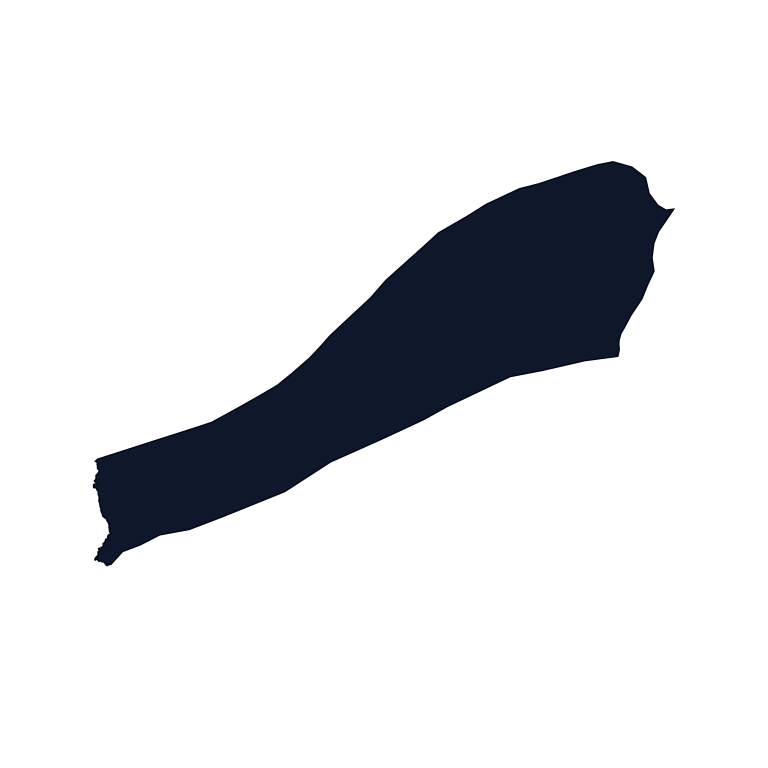 Idjwi, Sud-Kivu, Democratic Republic of the Congo (Natural Earth projection), rotated 228°
{"feature_id": "63176286B68411895895174", "entity_name": "Idjwi", "entity_type": "district", "adm_level": 2, "iso_a3": "COD", "parent_name": "Democratic Republic of the Congo", "parent_adm1": "Sud-Kivu", "projection": "natural_earth1", "projection_center": [29.165, -1.966], "detail": "fine", "context": "isolated", "style": "filled", "palette": "ink", "viewbox_px": 768, "rotation_deg": 228, "n_neighbors": 0, "source": "geoboundaries", "source_scale": "gbopen_adm2", "svg_char_len": 3471}
<svg xmlns="http://www.w3.org/2000/svg" viewBox="0 0 768 768"><g transform="rotate(228 384 384)"><path d="M435.0,56.4L434.7,56.5L434.1,57.1L434.1,58.2L434.0,58.5L433.4,59.4L432.7,60.2L434.5,77.6L427.6,95.2L422.0,116.4L406.3,141.9L393.1,176.2L370.5,238.3L361.9,292.2L344.4,346.2L331.1,389.6L325.0,416.1L305.2,482.6L287.8,511.5L267.2,548.6L248.2,576.3L252.0,581.6L256.3,584.9L259.4,588.1L262.9,593.5L263.2,594.3L265.0,600.0L269.9,613.6L274.8,632.7L281.5,646.5L287.2,660.1L298.5,667.6L308.0,678.6L313.6,689.7L320.1,716.2L324.5,709.9L333.4,707.0L348.2,708.4L362.4,716.4L379.3,713.3L395.9,702.8L404.1,689.0L414.0,667.8L428.8,633.6L438.4,615.3L449.0,580.4L452.8,558.4L459.8,525.6L459.6,507.3L459.7,454.7L456.9,431.6L456.3,394.6L455.9,376.0L454.3,362.1L453.0,346.3L453.4,321.8L454.3,304.1L458.4,284.0L463.7,260.0L470.7,230.3L478.5,212.6L495.0,176.0L519.8,120.7L519.6,117.8L518.3,118.4L517.2,118.3L517.0,118.1L516.4,117.3L516.0,116.9L515.6,116.8L515.1,116.5L514.6,116.1L514.3,115.9L513.4,114.9L512.9,114.9L512.5,114.5L511.9,114.5L511.3,114.6L510.4,114.6L510.0,114.3L509.6,114.0L509.6,113.5L509.2,112.3L508.9,112.0L509.0,111.0L508.7,110.6L508.9,109.5L508.7,108.8L508.3,108.4L507.8,108.0L507.2,107.8L506.9,107.2L506.4,106.6L505.7,105.6L505.6,105.1L505.9,104.6L505.8,104.0L505.3,103.8L504.6,103.9L503.6,104.0L503.4,104.1L503.0,104.6L502.7,104.8L502.1,104.6L501.6,104.4L501.3,103.8L501.4,103.6L501.6,103.5L501.8,103.3L502.1,103.1L502.6,102.8L502.8,102.4L503.5,101.3L503.3,100.6L502.9,100.1L502.1,99.7L501.8,99.2L501.2,99.0L500.8,99.4L500.3,99.9L498.8,100.7L498.4,100.5L498.0,100.1L497.6,99.9L497.1,100.0L496.4,99.7L495.4,99.7L494.7,99.4L493.6,98.1L493.0,97.8L492.4,97.5L491.9,97.3L491.1,97.2L490.9,96.8L490.6,96.5L489.9,96.2L489.5,95.7L488.9,95.1L488.3,94.5L488.0,93.9L486.6,93.4L485.8,93.1L485.2,92.8L484.8,92.4L484.4,92.2L483.9,91.8L482.4,90.8L481.5,90.9L480.0,89.5L479.5,89.1L479.2,89.1L478.2,88.4L477.7,88.3L477.4,88.3L476.9,87.9L476.3,87.8L475.8,87.7L475.2,87.6L474.5,86.8L474.0,86.6L473.7,86.8L472.9,86.9L472.1,86.8L471.3,87.0L470.6,87.2L470.0,87.3L469.4,87.4L468.9,87.4L468.3,87.2L467.9,87.3L467.8,87.1L467.8,86.7L467.1,86.7L466.4,86.6L465.6,86.3L464.8,86.3L464.6,86.0L464.2,86.0L463.6,85.6L462.9,85.1L462.5,84.8L462.1,84.5L461.5,84.0L461.4,83.6L460.9,83.5L460.1,82.9L459.8,82.7L459.5,82.8L459.1,82.3L458.9,82.0L458.7,81.9L458.4,81.7L458.2,81.6L457.9,81.3L457.6,81.1L456.9,81.0L456.3,81.1L456.1,81.0L455.8,80.7L455.8,80.3L455.7,79.7L455.9,79.0L456.0,78.5L456.1,77.9L455.9,77.3L455.6,76.7L455.3,76.7L454.9,76.1L454.3,75.7L453.9,75.2L453.8,74.7L454.1,74.4L454.6,74.1L454.7,73.5L454.5,72.7L454.3,72.3L453.7,72.2L453.3,71.7L453.4,70.7L453.2,70.0L453.2,69.4L453.3,68.8L452.9,68.7L452.9,68.2L452.3,68.2L451.8,67.6L451.4,67.6L451.4,67.0L451.6,66.7L451.3,66.4L451.1,66.0L451.0,64.8L451.5,64.6L450.9,64.3L451.1,63.8L452.0,63.0L452.5,62.3L452.7,61.8L452.0,61.4L451.6,61.4L451.3,61.2L450.7,60.6L450.4,60.0L449.9,59.8L449.8,59.1L450.2,58.9L449.7,58.5L449.4,58.3L448.9,57.7L448.4,57.7L448.3,57.3L448.2,56.7L447.9,56.4L447.9,55.9L448.0,55.5L448.1,54.7L447.7,53.8L447.7,52.7L447.4,52.7L447.0,52.4L447.1,51.9L446.9,51.6L446.4,51.6L446.3,52.2L446.0,53.4L445.8,54.1L445.5,54.2L445.4,53.7L444.6,53.5L443.7,53.6L443.0,53.5L442.6,54.2L442.4,55.0L441.9,55.4L441.4,55.4L441.2,55.3L440.5,55.4L440.2,56.0L439.8,56.3L439.2,56.6L438.4,57.1L437.7,56.9L437.3,56.5L436.8,56.5L436.3,57.2L435.9,57.6L435.8,57.2L435.8,56.5L435.3,56.4L435.0,56.4Z" fill="#0f172a" stroke="#020617" stroke-width="1.5"/></g></svg>